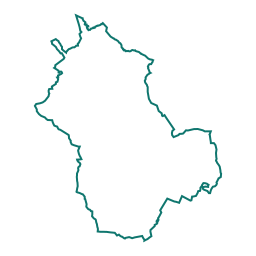 Valea Danului, Arges, Romania
{"feature_id": "2599482B29743473178057", "entity_name": "Valea Danului", "entity_type": "district", "adm_level": 2, "iso_a3": "ROU", "parent_name": "Romania", "parent_adm1": "Arges", "projection": "natural_earth1", "projection_center": [24.617, 45.19], "detail": "fine", "context": "isolated", "style": "outline", "palette": "teal", "viewbox_px": 256, "rotation_deg": 0, "n_neighbors": 0, "source": "geoboundaries", "source_scale": "gbopen_adm2", "svg_char_len": 5482}
<svg xmlns="http://www.w3.org/2000/svg" viewBox="0 0 256 256"><path d="M216.3,157.4L216.0,153.0L216.5,149.5L215.5,145.2L213.9,143.1L213.1,143.1L210.9,143.1L210.8,141.8L210.4,139.4L210.0,136.6L209.8,134.9L209.5,134.6L210.0,133.5L210.4,132.4L210.8,131.3L207.1,131.3L204.9,131.4L202.8,130.3L197.8,129.0L193.9,129.1L187.9,130.5L186.0,130.3L183.2,133.5L182.2,133.7L181.9,133.8L181.1,133.8L179.5,133.9L178.9,134.6L178.5,135.1L173.6,137.1L172.1,135.0L172.1,134.5L171.9,133.1L172.4,130.9L174.1,129.4L166.6,118.4L164.5,115.1L162.8,116.1L162.1,115.7L161.7,113.3L158.7,111.0L156.9,105.6L151.2,103.0L148.9,98.8L147.7,91.9L147.7,87.9L147.7,87.0L147.2,86.1L146.9,84.9L146.3,84.1L145.2,82.5L144.8,80.8L145.7,79.0L145.6,77.4L146.2,76.6L146.8,75.7L147.5,74.7L148.5,74.2L149.8,73.2L150.5,72.9L149.5,72.2L149.4,71.4L149.1,70.6L148.0,68.0L148.3,67.3L147.9,66.4L148.1,66.1L148.8,64.8L149.4,64.2L150.3,64.1L151.2,64.1L152.1,62.5L152.6,61.9L152.8,60.7L153.1,60.2L152.0,59.7L151.3,59.6L150.5,59.4L150.1,59.4L149.7,59.3L148.1,58.5L147.7,58.1L145.2,55.7L143.4,54.9L142.0,54.2L141.2,53.9L141.1,53.6L140.6,53.5L139.9,52.8L139.2,52.2L138.7,51.9L136.7,51.4L135.6,51.0L135.1,50.3L134.3,50.5L133.4,50.3L132.4,50.0L131.6,50.3L131.0,50.9L130.1,51.3L129.1,51.3L128.3,50.9L127.7,51.1L126.8,50.9L126.1,51.2L125.6,51.2L125.2,50.4L124.8,50.1L124.4,49.9L124.0,49.9L123.8,50.2L123.4,49.8L123.0,49.4L123.2,48.9L122.6,48.2L121.9,47.8L121.6,47.4L121.6,47.0L121.5,45.6L121.5,45.4L121.2,44.5L120.6,43.8L120.5,43.5L119.8,42.9L119.2,42.7L118.8,42.2L118.5,41.6L117.8,40.9L117.5,40.7L117.1,40.5L116.2,39.8L115.9,39.7L115.3,39.7L115.0,39.4L114.7,39.2L114.0,38.6L113.9,38.7L110.6,36.6L106.1,31.2L106.9,27.5L102.8,23.1L102.4,23.5L102.0,24.0L101.8,23.8L101.5,23.9L101.2,24.0L100.7,24.6L100.0,25.1L97.8,25.8L97.7,25.6L97.2,25.8L96.7,25.9L95.8,26.6L95.4,26.6L94.8,27.6L94.6,27.4L94.0,27.4L93.6,27.9L93.2,27.7L92.9,28.1L92.5,28.1L91.7,28.6L91.0,28.6L90.0,29.9L89.4,29.8L89.2,29.8L88.5,30.1L88.0,29.1L87.6,29.1L87.1,28.2L86.8,27.0L87.5,26.9L87.7,26.7L88.0,26.6L87.8,26.4L88.0,25.9L87.4,25.7L87.0,25.3L86.5,24.8L86.5,24.5L86.2,24.5L85.6,24.9L85.2,24.8L84.7,24.3L85.0,23.3L85.3,23.3L85.4,22.3L84.3,21.4L83.5,20.8L83.2,20.1L82.7,19.2L82.7,18.3L82.0,18.1L76.1,15.4L77.1,18.7L78.7,23.9L79.6,27.1L80.3,30.8L81.4,32.0L79.5,34.0L80.3,36.7L81.1,38.3L79.7,41.0L78.9,42.7L77.8,43.7L78.0,45.6L76.2,45.7L75.4,46.6L74.4,47.3L73.1,47.3L71.7,47.8L70.4,48.6L68.9,49.1L68.3,49.6L66.2,52.0L66.1,52.6L63.5,50.6L62.0,49.2L62.0,46.8L60.9,45.5L60.3,44.0L59.0,42.4L58.5,41.1L56.9,40.1L55.8,39.1L53.0,40.5L51.4,41.3L52.0,42.8L52.1,43.9L53.8,45.2L56.0,47.1L56.9,49.0L59.2,51.4L60.6,53.4L61.8,53.2L64.4,57.6L63.7,58.9L55.3,65.2L55.2,67.1L54.2,67.9L57.2,69.8L57.9,70.3L58.5,70.6L58.8,71.4L58.5,72.2L58.6,72.6L59.2,72.6L59.7,72.0L60.5,71.6L61.2,71.6L61.7,72.1L62.1,73.1L61.3,73.9L60.4,74.3L59.3,74.9L58.7,75.2L58.0,75.5L58.0,76.0L58.2,76.5L58.3,77.0L57.1,77.4L58.2,79.0L57.4,81.8L55.9,82.3L55.9,83.9L51.9,86.5L52.3,88.8L50.8,88.8L49.1,89.1L48.6,90.8L48.8,92.6L49.3,93.5L48.9,94.4L48.6,96.2L45.1,100.7L42.7,102.4L40.0,103.3L36.2,104.0L34.9,105.9L36.8,109.4L36.8,111.2L39.0,114.1L41.2,115.9L43.4,116.8L45.0,117.5L46.2,118.9L47.7,120.0L52.2,120.2L52.7,122.2L53.7,124.5L54.3,125.6L55.5,126.1L57.2,126.6L58.1,128.6L58.7,129.3L60.3,129.8L68.5,134.9L68.7,135.1L68.9,136.3L69.0,138.2L70.7,140.7L70.8,141.0L70.6,141.8L70.7,142.2L71.7,144.3L73.9,145.2L75.9,145.8L78.4,146.6L79.7,146.6L79.4,147.4L78.4,149.8L78.1,150.7L78.9,153.8L79.6,155.6L80.6,157.4L81.4,159.2L79.4,159.5L77.1,159.6L77.4,160.6L77.8,161.0L78.1,161.6L78.8,162.2L79.7,162.9L80.0,163.2L80.4,164.1L79.6,166.4L79.0,166.6L78.6,166.9L78.4,167.4L78.1,168.1L78.2,168.7L78.4,170.2L77.9,171.5L77.5,172.4L77.0,173.5L77.0,175.4L76.8,176.9L77.0,179.1L77.1,180.9L77.5,182.7L77.7,186.2L77.2,188.3L76.8,190.7L76.5,191.5L76.6,192.0L77.5,192.4L78.7,192.7L80.1,193.2L81.7,194.0L82.8,194.3L84.7,196.7L84.7,198.9L85.2,199.1L86.6,204.2L86.3,206.7L86.9,207.5L87.6,208.3L87.8,208.7L88.2,209.0L88.8,209.4L89.8,209.7L90.3,210.1L90.6,210.6L90.9,211.1L91.5,211.1L92.3,211.4L92.3,213.3L92.3,214.5L92.1,215.8L92.1,216.4L92.9,217.2L93.6,218.2L94.0,218.5L95.4,219.3L95.8,219.9L96.3,222.5L96.9,224.1L97.1,225.5L97.4,227.2L97.8,228.2L97.9,229.6L97.7,231.5L100.5,231.8L103.5,231.8L106.7,231.9L110.5,232.4L114.8,232.8L117.0,235.5L118.9,234.6L120.1,235.8L121.6,236.7L122.1,236.7L124.2,238.3L125.0,238.5L125.5,237.9L129.1,237.1L130.9,237.7L132.1,238.2L134.7,237.4L142.2,236.0L142.8,237.3L143.6,238.7L144.5,239.8L144.4,240.6L146.1,239.7L147.5,239.1L149.3,237.6L151.4,236.2L150.8,233.4L150.4,231.6L150.5,230.0L154.7,226.1L154.7,224.9L156.7,223.9L157.2,223.3L157.3,222.2L156.6,221.9L156.6,221.1L157.4,220.0L158.1,220.7L158.5,219.9L158.1,218.1L158.8,217.2L161.3,212.5L160.2,210.3L167.3,198.6L174.3,201.5L176.1,201.8L179.1,202.8L182.0,196.1L190.4,200.6L191.4,200.3L192.1,196.6L193.4,196.5L196.0,195.9L197.7,192.8L198.1,191.2L199.0,191.0L200.0,190.9L200.3,189.8L200.5,189.0L200.4,187.9L200.6,187.5L202.0,185.7L202.1,185.0L203.4,183.1L205.1,183.2L206.9,183.7L208.5,184.9L208.1,185.3L208.1,186.9L205.7,186.6L203.3,187.0L202.8,187.1L202.8,188.2L203.2,189.2L204.0,189.7L207.4,191.0L208.9,193.1L210.1,193.1L210.8,190.4L211.6,188.6L212.9,186.7L214.9,186.3L216.3,185.0L216.9,183.6L216.5,182.4L217.2,181.2L217.7,180.1L218.2,179.4L218.4,178.5L220.8,177.0L221.0,174.7L221.1,173.6L220.6,172.7L220.4,170.4L219.7,166.6L218.9,165.2L217.0,162.6L216.6,161.5L216.1,160.9L216.0,160.3L216.4,159.5L216.6,158.8L216.3,157.4Z" fill="none" stroke="#0f766e" stroke-width="2"/></svg>